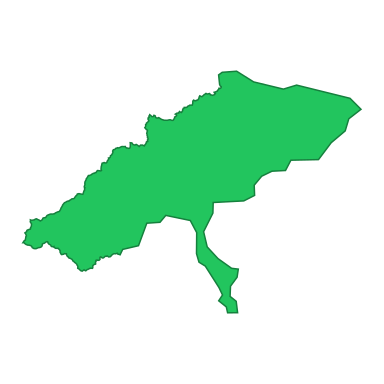 outline of Chatkal, Jalal-Abad, Kyrgyzstan
{"feature_id": "92254566B64502136331534", "entity_name": "Chatkal", "entity_type": "district", "adm_level": 2, "iso_a3": "KGZ", "parent_name": "Kyrgyzstan", "parent_adm1": "Jalal-Abad", "projection": "equal_earth", "projection_center": [70.686, 41.73], "detail": "fine", "context": "isolated", "style": "filled", "palette": "green", "viewbox_px": 384, "rotation_deg": 0, "n_neighbors": 0, "source": "geoboundaries", "source_scale": "gbopen_adm2", "svg_char_len": 5848}
<svg xmlns="http://www.w3.org/2000/svg" viewBox="0 0 384 384"><path d="M254.6,195.4L254.2,185.2L261.7,176.2L272.0,171.2L285.5,170.5L290.9,160.2L318.5,159.6L331.2,142.7L345.2,130.9L348.8,118.8L361.0,109.3L350.0,98.3L296.6,85.1L283.4,89.1L253.6,81.9L236.6,71.2L222.2,72.3L218.6,74.9L219.6,84.5L220.1,85.6L220.3,86.0L221.2,86.6L221.1,87.7L220.2,88.4L219.0,88.2L218.7,89.2L217.6,90.4L217.3,91.2L216.5,91.4L215.6,91.9L214.1,92.3L214.4,92.9L215.3,93.5L214.6,94.5L213.7,95.0L212.3,95.3L211.2,94.9L210.4,94.9L210.2,94.3L209.6,93.5L208.3,93.8L208.0,93.9L207.4,94.0L206.6,93.8L206.0,93.4L205.7,93.5L205.2,94.1L204.1,94.6L203.8,95.1L201.9,96.7L201.2,96.5L199.8,95.8L199.1,97.1L198.9,98.3L198.1,99.6L197.8,99.9L196.2,100.4L196.0,100.5L195.8,100.8L195.5,100.8L194.8,100.8L193.7,100.1L193.0,100.8L192.8,101.4L192.8,102.9L192.3,105.1L189.6,105.2L188.9,105.8L188.0,106.1L187.6,106.4L187.0,107.2L186.6,107.4L184.4,107.4L184.5,107.9L183.2,108.4L182.9,109.4L182.6,109.8L182.7,110.7L181.9,111.7L181.5,112.5L180.5,112.2L179.5,111.5L179.3,111.9L178.8,112.4L178.7,113.1L177.0,113.1L175.4,114.1L175.9,114.3L176.5,114.7L176.7,115.2L176.2,116.0L174.6,117.1L174.6,117.9L174.1,118.7L173.8,119.4L173.2,120.2L172.9,120.4L171.6,120.3L170.5,119.8L169.4,119.8L167.2,120.3L163.7,120.2L163.3,119.9L161.5,119.4L160.8,118.9L158.7,117.6L158.0,118.0L156.2,117.9L155.5,117.2L155.4,116.2L154.9,115.6L153.9,115.3L153.4,116.4L153.0,116.6L152.3,116.6L151.7,116.5L150.8,115.5L149.7,114.7L149.5,115.5L148.9,116.1L149.1,117.4L148.0,118.1L148.2,118.8L148.1,119.7L148.5,120.1L148.8,120.6L148.7,121.2L146.4,123.2L146.5,123.9L145.6,124.6L145.7,125.4L145.6,126.3L145.3,127.1L144.8,127.7L145.3,128.3L145.8,128.7L146.2,129.5L147.4,130.2L147.4,131.0L147.0,132.0L147.0,132.7L146.7,133.2L146.8,133.7L147.1,134.4L147.1,135.6L147.6,136.4L147.4,137.4L147.5,137.8L148.1,138.2L148.0,139.4L147.4,140.0L147.7,141.5L146.6,141.8L146.3,142.1L146.1,143.4L144.8,145.0L144.3,145.9L143.5,145.5L143.2,145.5L142.7,145.1L140.8,145.1L140.5,145.1L139.2,146.5L137.4,145.1L136.1,144.4L135.0,145.1L134.4,145.0L133.9,144.7L133.1,144.6L132.1,143.3L131.9,142.9L130.2,142.7L130.3,143.7L130.3,145.7L130.2,147.1L129.9,147.9L129.6,148.2L129.3,148.3L128.7,148.4L127.4,148.0L126.8,148.1L125.5,147.2L125.3,146.5L123.6,146.6L122.3,146.5L121.2,146.7L120.3,147.3L118.7,147.9L117.9,147.9L117.4,147.7L116.7,148.2L115.8,148.3L115.5,148.6L114.9,149.4L114.2,149.6L113.4,149.7L112.6,151.1L112.7,151.5L113.0,152.0L112.8,152.8L112.5,153.2L112.1,154.1L111.5,155.1L110.5,155.6L110.3,157.0L109.9,157.5L109.5,157.8L108.5,158.0L108.8,158.9L108.2,159.5L108.1,160.1L107.8,160.5L107.3,160.9L106.8,162.5L106.5,162.8L105.1,163.0L104.1,162.5L103.4,162.9L102.2,163.1L102.0,163.6L101.4,166.2L101.2,166.8L101.1,168.3L101.0,168.9L101.0,169.4L101.5,170.4L101.0,170.8L100.5,170.9L97.7,170.5L97.3,170.6L96.0,172.6L95.1,172.6L94.8,173.0L94.4,173.3L93.3,173.3L92.5,173.9L91.7,174.2L91.2,174.8L89.9,175.3L89.0,175.6L88.4,175.5L87.2,177.6L86.2,178.9L86.2,179.4L86.1,179.8L85.7,180.4L85.3,181.3L85.0,181.8L84.8,183.3L85.0,184.4L84.4,186.1L84.2,186.9L84.4,187.4L85.0,187.8L84.5,188.7L84.6,190.2L84.0,190.8L83.4,192.6L83.1,193.8L82.8,194.3L80.7,194.0L79.0,193.6L77.3,194.0L77.0,194.9L75.5,196.3L74.2,198.4L73.3,198.7L71.8,198.9L70.8,199.7L69.0,200.7L68.8,201.2L67.8,201.1L67.0,201.4L66.5,201.6L65.8,202.2L64.5,202.7L63.9,203.4L62.5,205.2L62.5,205.7L61.0,208.1L60.7,209.1L60.0,210.5L59.2,211.5L57.7,211.9L56.1,212.6L55.1,213.1L54.6,213.7L52.4,214.1L50.9,214.0L49.7,214.3L47.3,215.3L46.7,215.9L45.6,217.6L45.0,217.6L43.1,218.0L42.6,218.9L42.3,219.7L40.4,221.0L40.2,221.0L40.0,220.7L39.0,220.0L37.4,219.4L37.0,219.0L36.3,218.8L35.1,219.2L34.4,219.8L32.5,220.2L31.1,220.2L30.4,219.9L30.5,221.2L30.2,221.8L31.6,224.0L31.4,224.9L31.4,226.2L30.5,227.8L30.5,228.8L30.3,229.2L29.2,229.3L28.2,229.9L27.7,229.9L27.2,230.2L26.9,230.4L26.8,231.2L26.5,231.8L25.2,232.6L24.9,232.9L25.8,234.1L26.4,235.9L25.9,236.5L25.3,240.1L24.5,240.5L23.9,241.1L23.0,242.6L23.6,242.5L23.9,242.6L24.2,242.9L24.3,243.2L24.6,243.4L26.1,244.5L27.7,245.1L29.3,245.2L29.8,245.3L30.2,245.6L30.7,245.6L31.4,246.1L31.9,246.7L32.2,247.6L34.0,248.6L36.0,248.7L38.3,247.7L39.9,247.5L40.9,247.1L41.6,246.6L42.0,246.0L42.2,245.3L42.4,244.0L42.6,243.8L44.6,243.1L45.4,242.4L46.7,241.7L47.5,241.7L48.0,242.3L47.9,242.8L48.9,244.1L50.6,245.0L51.1,245.9L51.2,246.3L51.4,246.5L53.3,246.8L53.9,246.5L54.0,247.3L55.6,248.3L58.4,248.4L58.7,249.0L59.5,249.7L60.1,250.8L60.1,251.5L60.0,252.0L61.1,254.2L61.6,254.6L63.7,254.2L64.4,253.6L65.3,253.8L66.4,253.7L66.4,254.3L67.1,256.0L67.5,256.5L68.1,256.7L68.5,257.5L69.1,258.1L69.9,258.2L72.1,259.4L72.6,260.3L72.8,260.9L73.7,261.3L74.6,262.5L75.2,262.7L76.7,264.1L76.9,264.5L77.0,265.0L77.6,265.8L77.9,266.6L77.7,268.3L77.8,268.4L78.4,268.5L80.3,270.3L81.1,270.9L82.4,271.1L83.2,270.4L84.1,269.8L85.1,270.6L85.8,270.8L86.5,270.1L87.6,269.4L88.0,269.4L88.6,269.0L89.2,268.8L89.7,268.4L90.4,268.4L90.8,268.1L91.1,268.2L92.3,268.4L92.6,268.2L92.8,267.4L92.8,266.5L92.8,265.9L92.9,265.5L94.3,264.4L95.6,264.1L95.7,263.7L95.5,263.4L95.4,262.8L95.7,261.9L96.0,261.6L95.8,261.3L95.8,260.8L96.0,260.3L96.8,260.1L97.3,260.1L97.5,260.3L99.0,260.3L99.8,259.6L100.0,259.4L99.9,257.6L100.1,257.2L100.5,256.9L101.4,257.2L101.7,257.6L102.2,257.9L103.0,258.0L103.8,257.6L105.1,256.3L106.4,256.3L107.1,255.9L108.2,256.6L108.5,256.9L109.1,256.9L110.3,256.7L111.1,256.0L111.3,255.5L112.8,254.3L113.6,253.8L113.9,253.7L115.8,253.8L116.6,253.4L117.4,253.3L117.9,254.2L119.1,254.4L120.1,254.8L122.7,249.4L138.5,245.7L146.8,223.2L160.0,222.3L165.8,215.4L190.3,220.5L196.7,232.6L196.5,253.6L199.0,262.2L205.3,266.1L219.0,287.6L222.5,295.0L218.7,300.8L226.3,306.9L227.6,312.8L237.6,312.7L236.2,301.3L230.1,296.4L230.5,286.2L237.1,277.2L238.3,269.1L231.6,268.3L218.0,258.6L207.2,246.9L203.6,231.7L212.9,213.1L213.2,202.5L243.8,200.9L254.6,195.4Z" fill="#22c55e" stroke="#15803d" stroke-width="1.5"/></svg>